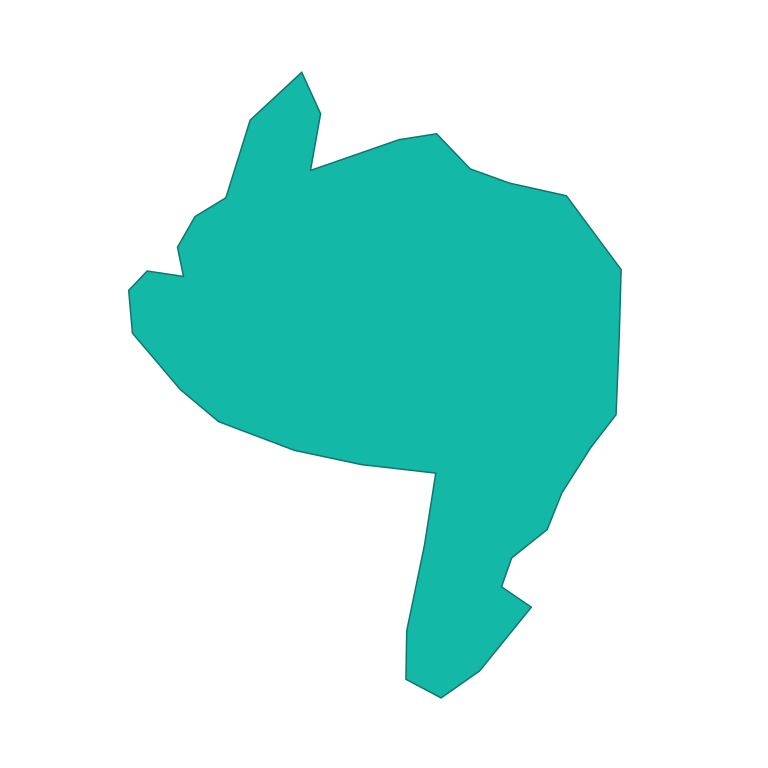 map outline of Campbell Islands (Mercator projection), rotated 265°
{"feature_id": "NZL-5478", "entity_name": "Campbell Islands", "entity_type": "state/province", "adm_level": 1, "iso_a3": "NZL", "parent_name": "New Zealand", "parent_adm1": "", "projection": "mercator", "projection_center": [169.165, -52.535], "detail": "fine", "context": "isolated", "style": "filled", "palette": "teal", "viewbox_px": 768, "rotation_deg": 265, "n_neighbors": 0, "source": "natural_earth", "source_scale": "10m", "svg_char_len": 600}
<svg xmlns="http://www.w3.org/2000/svg" viewBox="0 0 768 768"><g transform="rotate(265 384 384)"><path d="M603.2,329.4L626.1,420.3L628.7,458.2L590.8,488.6L573.2,526.5L555.6,582.1L477.3,630.2L411.6,622.6L333.2,612.5L302.9,584.6L260.0,551.7L224.8,533.9L199.6,496.0L171.7,483.4L148.8,511.3L89.8,454.2L66.3,413.5L87.9,380.1L136.0,385.1L219.7,410.2L290.7,427.8L305.6,354.7L325.6,289.2L360.8,216.1L396.1,180.7L456.6,137.8L499.5,137.8L517.2,157.9L508.6,193.6L538.3,190.2L567.3,210.4L583.3,242.7L658.6,273.7L701.7,329.2L658.8,344.4L603.2,329.4Z" fill="#14b8a6" stroke="#0f766e" stroke-width="1.5"/></g></svg>